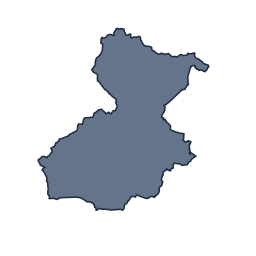 Ahuacatlán, Puebla, Mexico (Albers equal-area conic projection), rotated 20°
{"feature_id": "50627088B38644247455726", "entity_name": "Ahuacatlán", "entity_type": "district", "adm_level": 2, "iso_a3": "MEX", "parent_name": "Mexico", "parent_adm1": "Puebla", "projection": "albers", "projection_center": [-97.866, 20.028], "detail": "fine", "context": "isolated", "style": "filled", "palette": "slate", "viewbox_px": 256, "rotation_deg": 20, "n_neighbors": 0, "source": "geoboundaries", "source_scale": "gbopen_adm2", "svg_char_len": 5798}
<svg xmlns="http://www.w3.org/2000/svg" viewBox="0 0 256 256"><g transform="rotate(20 128 128)"><path d="M182.8,42.7L182.6,42.1L181.7,41.5L179.1,41.5L178.4,41.7L176.8,41.5L175.4,40.5L172.4,39.7L171.8,39.3L170.5,39.0L169.1,39.2L167.7,38.8L167.0,38.5L165.6,37.0L165.5,35.4L165.3,35.1L164.8,34.8L164.3,34.9L163.6,35.2L163.0,36.2L161.9,36.6L161.0,37.2L160.4,37.4L158.8,37.2L158.6,37.4L158.5,37.8L158.6,39.1L158.2,39.7L157.2,40.0L156.0,40.7L155.2,41.0L153.4,40.7L152.9,40.8L152.4,41.1L151.5,41.8L150.9,43.0L149.9,44.2L149.0,44.7L148.2,44.6L147.4,44.8L145.5,45.8L144.7,45.8L143.9,45.6L143.1,45.1L141.6,44.7L140.7,44.2L139.8,44.6L138.7,45.5L137.8,45.9L135.1,46.3L134.0,46.1L133.1,47.1L132.0,47.8L131.2,48.2L130.4,48.3L129.0,47.7L125.4,46.7L124.6,47.0L124.3,46.8L123.3,45.7L122.9,44.5L122.5,44.1L122.0,44.0L120.5,44.0L120.1,44.2L117.9,44.5L116.8,44.9L115.8,45.0L115.0,44.8L113.1,43.7L112.0,42.8L110.9,41.6L109.7,40.8L109.5,40.6L109.4,40.0L108.8,38.8L107.9,38.1L107.0,38.1L106.6,38.2L105.0,39.9L103.2,40.2L102.3,40.5L100.5,42.2L99.8,41.8L99.0,40.7L98.6,39.1L98.1,38.9L97.6,39.1L96.0,40.7L95.0,41.3L94.6,41.4L91.3,38.3L90.7,37.4L90.6,36.8L90.4,37.0L89.0,36.6L87.7,37.2L87.4,37.3L87.0,37.1L85.5,38.2L85.2,38.3L84.4,37.9L83.2,38.5L82.9,39.5L82.6,41.8L82.0,43.3L83.3,45.3L83.2,45.8L82.7,46.0L82.0,46.0L81.3,45.9L80.4,45.9L78.7,46.4L77.3,47.4L76.9,48.1L76.4,49.6L75.6,50.9L74.8,51.7L74.1,52.1L73.5,52.0L73.2,51.7L72.6,51.7L72.4,52.4L72.3,53.5L73.4,57.5L74.2,57.7L75.3,57.7L75.8,58.5L76.7,61.9L77.0,62.6L77.2,63.3L77.2,64.0L77.4,64.7L77.3,65.4L77.1,67.2L76.3,70.2L75.9,70.5L74.7,72.8L74.4,73.6L74.4,74.8L74.8,77.9L75.4,78.6L75.9,79.6L75.3,80.7L74.6,83.9L74.0,85.2L74.5,86.3L75.8,86.6L76.4,87.3L77.8,87.7L80.0,87.7L81.2,88.6L82.4,92.2L83.1,93.7L83.2,93.4L91.6,98.8L92.3,99.4L93.7,99.9L94.8,99.8L95.6,100.6L97.3,100.9L97.5,101.1L97.9,102.0L101.4,103.0L102.2,103.7L107.2,105.2L107.5,106.0L107.8,108.5L109.6,110.1L110.4,111.7L110.2,116.2L108.6,116.5L108.0,117.3L107.4,119.8L107.3,120.5L105.5,120.2L104.6,119.7L102.4,122.1L102.0,121.9L101.6,121.5L96.6,119.5L93.9,121.3L93.6,122.3L91.9,124.9L91.1,125.6L91.4,128.9L91.1,130.0L86.2,132.3L85.2,132.5L84.3,133.1L83.4,134.3L83.8,140.2L80.4,141.0L79.9,142.5L81.0,147.3L80.4,148.5L74.9,154.5L75.0,154.9L74.8,155.7L69.7,160.2L68.2,161.4L67.2,161.9L67.3,162.7L67.1,164.6L66.6,165.0L66.5,165.7L66.1,166.1L65.3,166.6L65.2,166.8L65.5,169.1L65.0,170.3L64.0,171.4L63.1,172.8L62.6,173.0L62.6,173.5L63.4,174.1L64.6,175.8L64.9,176.4L64.9,176.8L64.7,177.3L63.9,178.1L63.8,179.6L63.2,181.0L62.1,182.3L62.0,183.7L61.7,183.9L60.8,183.5L59.9,183.3L57.4,183.8L57.1,184.2L56.1,186.5L54.9,188.0L54.6,188.7L54.8,189.6L57.0,191.3L57.6,191.9L58.1,192.8L59.0,193.1L61.2,193.0L62.4,193.1L63.3,193.6L62.2,194.6L61.7,196.9L63.8,197.8L68.7,202.4L69.4,203.7L69.4,205.2L71.4,207.5L71.9,208.0L72.1,209.2L73.7,212.2L74.1,213.3L74.4,215.3L74.8,215.8L75.1,217.5L75.8,217.7L76.9,218.5L77.6,219.2L78.0,221.2L80.3,220.5L81.2,219.7L85.8,219.4L87.9,216.8L102.7,210.8L104.9,210.2L107.1,209.9L109.6,210.1L114.1,211.1L114.6,211.5L115.5,210.9L117.2,210.7L118.4,210.4L119.5,210.5L120.2,210.9L121.9,211.0L121.9,211.6L122.2,211.9L122.6,212.2L123.0,212.2L123.5,213.5L123.7,213.8L124.4,214.1L125.4,214.1L126.1,216.1L126.8,215.8L128.7,213.6L129.0,213.4L131.7,213.1L132.9,212.7L133.2,212.2L134.3,212.1L137.2,211.6L138.4,211.0L140.0,211.0L141.5,210.0L142.8,209.8L143.4,209.6L144.3,208.9L145.7,208.4L147.2,207.6L148.0,207.5L148.5,207.1L149.5,207.0L150.9,207.2L151.4,206.5L151.6,205.4L151.8,205.3L151.6,204.1L151.3,203.5L151.2,201.2L151.6,200.2L152.4,199.8L152.8,198.6L152.9,196.6L153.6,196.0L153.7,195.0L154.6,191.6L155.0,190.9L156.1,190.8L157.1,190.3L158.7,190.3L158.8,188.3L159.7,187.9L164.5,188.1L169.1,187.9L169.9,187.8L170.2,187.3L171.2,187.0L172.3,185.1L172.9,184.6L174.1,184.1L175.4,184.0L176.2,184.3L176.6,183.9L176.6,183.0L176.9,182.7L177.2,182.7L177.2,182.0L177.8,181.4L178.2,180.6L178.5,180.4L179.0,178.8L179.1,176.9L178.8,175.8L177.6,173.5L177.7,173.1L178.2,172.7L178.2,172.1L178.5,172.0L179.3,170.7L179.4,169.8L179.0,168.5L179.3,167.2L178.7,166.4L178.2,166.4L177.8,165.7L177.1,165.1L176.6,164.3L176.9,162.7L176.7,161.3L177.1,160.1L176.3,158.5L176.3,157.3L177.0,156.1L178.3,154.4L178.4,153.0L180.2,153.9L181.0,153.5L182.2,154.0L182.6,153.2L182.5,151.9L182.7,151.5L183.3,150.8L183.9,150.6L183.5,150.1L183.8,149.8L183.9,149.4L183.1,147.0L183.2,146.1L183.7,145.4L184.8,144.8L185.2,144.9L187.2,144.6L189.7,143.8L190.5,144.4L191.6,144.6L196.4,142.1L196.6,139.7L198.2,137.7L198.2,136.2L198.5,135.4L201.4,131.3L196.8,130.0L195.2,130.3L195.3,131.3L194.1,130.5L195.2,129.4L194.3,128.9L194.1,128.4L193.6,127.9L193.2,127.4L193.3,126.9L192.9,126.3L192.7,126.5L192.7,126.0L191.5,123.4L191.9,121.0L191.8,119.4L191.1,119.3L190.7,119.5L190.2,119.3L189.5,119.9L188.9,119.4L187.8,120.8L185.9,121.6L184.6,120.6L183.4,120.3L183.9,120.2L183.7,119.7L183.8,119.4L183.9,118.4L183.6,118.1L183.6,117.6L183.1,116.6L182.8,114.7L182.5,114.3L181.0,114.4L180.0,114.9L178.4,115.2L175.7,115.2L174.9,115.4L174.1,115.4L169.0,115.1L168.5,114.8L167.8,114.0L167.6,112.3L167.4,111.9L166.4,110.9L165.6,110.7L164.8,110.0L162.6,109.5L161.7,108.5L161.0,108.5L160.7,107.9L160.2,107.4L159.9,107.3L159.4,107.8L158.9,107.7L158.7,107.9L158.5,107.7L158.2,107.9L158.0,107.2L158.3,107.0L158.1,106.5L155.9,106.3L155.5,103.7L155.9,102.3L155.9,101.7L156.1,101.6L156.4,100.8L156.3,100.1L156.6,98.4L155.6,97.1L155.8,96.0L155.4,95.0L154.1,94.3L155.6,93.1L157.7,89.7L165.3,74.4L165.9,74.1L165.8,73.4L167.7,72.4L168.3,72.3L168.3,71.3L169.0,68.1L169.9,66.5L169.4,65.9L166.6,59.2L166.0,48.9L166.8,48.6L167.1,47.4L169.1,46.5L169.9,46.8L169.9,47.9L170.0,48.1L170.4,48.3L171.5,48.4L172.4,49.2L173.2,49.0L173.6,49.1L174.8,49.6L176.0,48.8L177.8,48.4L180.9,48.9L181.6,47.7L182.3,45.8L182.4,43.7L182.8,43.3L182.8,42.7Z" fill="#64748b" stroke="#1e293b" stroke-width="1.5"/></g></svg>